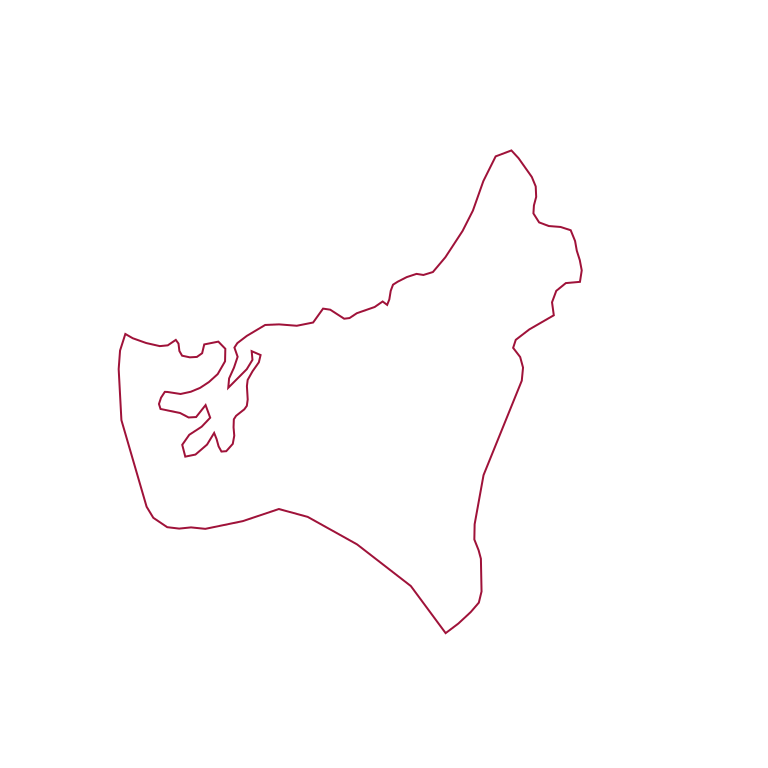 SVG path tracing the border of North Andros, rotated 44°
{"feature_id": "BHS-5019", "entity_name": "North Andros", "entity_type": "District", "adm_level": 1, "iso_a3": "BHS", "parent_name": "The Bahamas", "parent_adm1": "", "projection": "albers", "projection_center": [-78.177, 24.834], "detail": "fine", "context": "isolated", "style": "outline", "palette": "rose", "viewbox_px": 768, "rotation_deg": 44, "n_neighbors": 0, "source": "natural_earth", "source_scale": "10m", "svg_char_len": 1857}
<svg xmlns="http://www.w3.org/2000/svg" viewBox="0 0 768 768"><g transform="rotate(44 384 384)"><path d="M356.1,612.3L344.8,621.2L337.1,630.3L327.5,637.6L311.0,640.5L298.5,637.2L220.2,592.4L182.8,557.6L170.9,543.3L163.2,527.7L171.5,525.6L184.5,519.7L196.4,512.5L201.6,506.4L203.6,496.9L208.1,497.7L213.9,502.4L219.1,503.9L225.8,499.7L230.6,494.5L231.8,488.2L227.2,480.4L235.4,468.6L245.4,468.9L253.9,478.1L257.5,492.4L256.7,504.2L254.4,514.5L250.4,523.8L244.6,532.5L233.7,540.2L231.8,541.9L233.1,548.7L236.0,554.7L240.6,557.2L257.5,546.5L266.7,543.8L271.8,538.3L270.3,523.1L282.4,529.0L282.5,541.4L279.2,555.8L281.1,567.9L291.5,574.3L297.4,565.7L298.8,550.5L295.8,537.2L301.8,539.9L308.4,543.8L314.0,545.5L317.2,541.9L316.8,532.1L312.2,525.2L305.9,519.7L300.5,513.7L299.7,509.6L301.1,499.2L300.5,495.0L296.7,489.8L286.9,480.8L283.1,475.8L280.6,466.2L278.9,455.3L275.1,448.9L266.0,452.3L272.6,458.0L275.0,468.7L274.6,494.9L268.7,487.6L264.7,476.4L259.8,466.1L251.1,461.7L250.1,456.5L251.9,444.7L257.5,424.1L267.1,414.0L280.8,402.7L290.3,389.0L287.8,372.1L293.7,367.9L310.0,364.7L313.4,360.5L315.3,351.9L323.8,335.1L325.7,325.6L331.3,324.9L329.1,319.5L324.1,312.3L321.5,306.3L322.8,300.9L326.1,291.3L330.9,282.2L336.6,278.2L341.4,269.5L340.1,250.2L334.2,219.3L327.5,197.5L314.5,169.0L306.2,142.7L313.4,127.5L323.9,128.1L346.5,132.4L355.9,136.5L363.5,143.7L367.8,151.4L373.0,157.5L383.3,160.0L392.8,155.9L401.9,148.4L411.5,143.7L422.1,148.4L430.1,154.2L438.8,158.9L447.3,164.9L454.0,174.4L444.7,185.1L443.2,197.3L448.1,208.5L458.4,216.6L450.6,243.8L448.1,260.7L451.8,268.3L463.2,270.0L472.6,275.6L480.8,285.9L518.9,380.4L546.6,421.9L557.0,433.1L567.6,437.9L575.1,442.4L598.3,465.5L604.1,475.4L604.8,487.7L603.9,504.6L601.4,520.4L543.7,510.7L476.0,518.1L421.4,532.6L395.2,547.0L377.7,580.7L356.1,612.3Z" fill="none" stroke="#9f1239" stroke-width="2"/></g></svg>